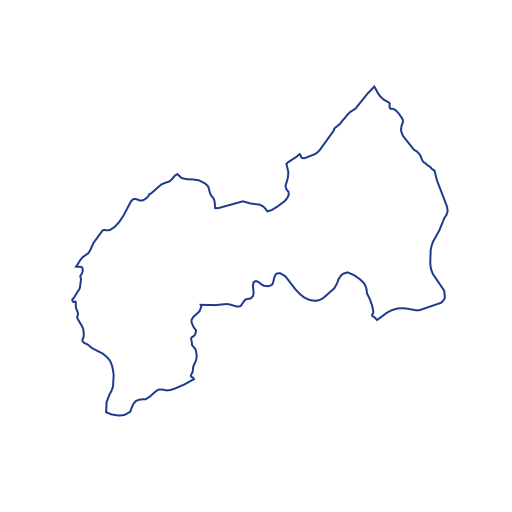 Bengo, Albers equal-area conic projection, rotated 68°
{"feature_id": "AGO-1877", "entity_name": "Bengo", "entity_type": "Province", "adm_level": 1, "iso_a3": "AGO", "parent_name": "Angola", "parent_adm1": "", "projection": "albers", "projection_center": [13.878, -9.029], "detail": "fine", "context": "isolated", "style": "outline", "palette": "blue", "viewbox_px": 512, "rotation_deg": 68, "n_neighbors": 0, "source": "natural_earth", "source_scale": "10m", "svg_char_len": 4255}
<svg xmlns="http://www.w3.org/2000/svg" viewBox="0 0 512 512"><g transform="rotate(68 256 256)"><path d="M181.9,193.3L181.1,191.2L179.3,181.8L177.9,177.3L179.7,176.9L181.1,177.1L182.1,176.9L183.1,175.4L183.5,174.0L183.6,163.5L183.0,160.4L181.6,157.1L168.8,136.9L167.1,135.6L165.2,129.3L164.0,126.9L162.9,125.3L161.2,121.6L160.2,120.2L157.8,114.9L156.6,108.5L147.3,91.9L143.3,82.9L143.6,82.9L144.3,82.7L151.0,81.9L154.6,81.0L157.2,79.9L158.5,79.2L159.6,78.5L160.4,77.7L164.0,75.0L164.6,74.9L165.2,75.1L166.0,75.6L166.6,75.9L167.5,76.2L168.8,76.4L169.6,76.1L170.2,75.7L170.4,75.1L170.6,74.6L170.9,74.0L171.5,73.2L173.1,72.0L174.7,71.2L178.0,70.1L183.2,69.0L184.7,68.9L185.8,69.1L187.1,69.8L189.6,72.1L190.2,72.5L192.1,73.5L192.6,74.0L193.7,74.4L195.2,74.7L198.5,74.8L200.2,74.6L216.2,69.9L217.2,69.5L218.2,68.5L219.1,67.9L220.3,67.2L223.1,66.2L225.0,66.0L229.8,66.0L231.1,65.7L232.1,65.3L232.6,64.8L233.2,64.4L233.8,64.0L235.8,63.2L236.9,62.4L237.4,61.9L238.0,61.5L241.4,60.1L242.6,59.5L243.6,58.5L253.7,59.9L281.9,60.4L286.4,61.6L289.3,64.1L291.3,67.1L301.0,76.5L309.1,86.6L312.3,89.4L316.3,92.0L327.1,96.8L331.2,98.1L334.5,98.7L339.1,98.7L358.7,94.5L365.3,96.4L367.3,98.6L368.7,101.7L367.5,124.5L366.5,127.6L360.5,137.1L358.9,140.8L357.6,144.7L357.1,150.6L357.6,155.8L360.7,167.7L357.0,169.2L355.6,170.3L355.0,170.6L354.3,170.6L353.6,170.1L353.0,169.0L352.7,168.6L352.2,168.3L351.5,168.1L345.7,166.9L344.9,166.8L341.3,166.8L339.7,166.6L338.5,166.6L332.5,167.1L331.7,167.0L328.7,166.1L327.1,165.8L323.5,165.8L321.3,166.2L316.8,168.2L310.7,172.1L305.5,177.2L305.1,181.4L305.3,182.7L306.2,184.9L308.3,188.0L312.0,191.4L315.3,195.6L320.1,209.2L320.6,212.4L320.4,215.6L319.3,218.7L317.6,221.7L315.2,224.5L312.3,227.0L307.6,229.6L301.5,232.0L285.7,236.4L280.9,240.2L280.1,243.0L280.6,244.9L282.8,247.0L287.5,250.5L288.5,251.7L288.8,253.2L288.6,255.9L286.8,259.6L284.1,261.8L281.2,263.3L279.2,265.4L279.2,267.8L282.6,270.1L289.8,272.2L292.2,274.1L293.4,276.8L292.7,279.8L292.4,282.2L294.4,285.6L296.7,289.0L296.5,290.2L295.7,292.8L291.2,298.3L289.5,301.3L286.3,312.1L280.6,325.5L282.0,325.4L286.0,328.9L289.2,337.2L291.2,339.8L293.5,340.6L297.0,340.6L300.3,340.1L302.1,339.4L303.4,339.9L306.0,341.9L306.3,342.3L306.7,343.0L307.4,346.3L308.3,347.1L312.9,348.1L313.9,348.5L314.8,348.6L319.6,347.1L322.7,347.4L325.7,348.2L328.4,349.4L330.5,350.9L334.2,354.8L335.4,355.8L339.0,357.7L339.9,358.4L342.2,361.0L343.2,361.4L344.2,360.9L345.2,360.0L346.1,359.6L346.9,359.7L348.3,370.8L348.5,380.9L348.2,385.8L347.0,389.5L345.1,392.2L343.4,396.0L343.8,399.3L346.5,406.9L347.5,411.9L346.2,415.3L345.4,418.7L345.5,421.8L347.2,425.1L349.3,427.3L353.3,430.9L354.1,437.2L353.5,439.9L352.4,443.3L348.7,449.4L344.7,453.5L335.4,449.2L329.4,443.6L326.9,440.5L323.4,437.4L313.1,432.6L308.9,431.5L304.9,430.7L301.8,430.5L298.6,430.6L295.4,431.5L292.1,433.0L288.8,434.9L280.1,442.5L274.9,445.3L272.2,447.9L271.3,448.3L270.0,448.7L269.3,448.6L268.8,448.4L268.2,448.0L267.5,447.1L266.2,446.0L264.1,445.0L260.3,443.8L257.7,443.5L255.5,443.7L247.5,444.9L245.8,444.8L244.8,444.2L244.3,443.5L243.0,442.7L241.6,442.4L237.4,442.4L235.4,442.0L231.6,440.5L230.6,440.5L230.3,440.9L230.5,441.4L230.5,442.0L230.2,442.6L228.9,443.0L228.1,442.9L227.4,442.4L226.4,440.3L222.2,434.7L221.4,433.3L220.6,432.2L219.0,430.9L212.5,427.2L211.1,426.8L209.5,426.6L208.7,426.3L208.1,425.7L207.6,424.8L206.8,423.7L204.8,422.2L203.2,421.6L202.0,421.5L201.3,421.7L200.7,422.1L200.3,422.7L198.5,426.8L193.8,420.2L192.1,417.0L190.5,410.2L188.3,407.3L183.0,401.8L174.8,388.6L175.1,386.6L176.4,384.6L177.2,381.7L176.1,376.0L173.1,369.9L169.3,364.2L158.3,351.2L157.3,348.6L158.0,346.2L161.1,342.8L162.0,340.3L161.8,337.9L161.0,335.1L159.8,332.8L158.7,331.8L158.8,330.2L154.3,317.3L154.1,314.6L154.4,308.3L153.8,306.2L151.2,301.3L150.6,298.2L155.2,296.1L156.3,295.3L159.1,290.9L161.5,285.6L164.6,280.4L169.6,276.1L172.9,274.5L175.3,274.4L180.4,275.1L183.6,274.8L185.6,274.1L187.5,273.7L190.4,274.1L196.4,275.9L197.5,272.9L200.4,247.7L205.6,240.9L209.7,233.4L212.5,231.0L214.9,229.8L218.8,228.8L219.3,224.4L218.2,217.8L215.9,209.0L214.0,205.3L211.5,202.7L208.7,201.8L206.0,202.7L203.7,202.7L202.1,202.4L195.6,197.3L192.5,195.6L189.9,194.5L181.9,193.3L181.9,193.3Z" fill="none" stroke="#1e3a8a" stroke-width="2"/></g></svg>